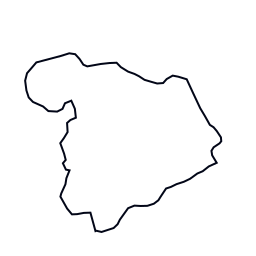 the district of Hwacheon-gun, Gangwon, South Korea, rotated 72°
{"feature_id": "91817680B86395324328742", "entity_name": "Hwacheon-gun", "entity_type": "district", "adm_level": 2, "iso_a3": "KOR", "parent_name": "South Korea", "parent_adm1": "Gangwon", "projection": "natural_earth1", "projection_center": [127.693, 38.168], "detail": "fine", "context": "isolated", "style": "outline", "palette": "ink", "viewbox_px": 256, "rotation_deg": 72, "n_neighbors": 0, "source": "geoboundaries", "source_scale": "gbopen_adm2", "svg_char_len": 1227}
<svg xmlns="http://www.w3.org/2000/svg" viewBox="0 0 256 256"><g transform="rotate(72 128 128)"><path d="M188.5,54.4L180.0,56.4L175.5,55.7L172.8,52.5L170.9,45.7L169.4,43.4L165.6,42.5L158.4,44.5L153.7,46.4L150.3,49.2L145.7,50.1L140.3,51.2L131.5,53.2L114.9,55.3L99.8,57.1L94.7,64.4L92.0,69.3L93.4,76.1L96.1,80.7L94.7,86.5L91.0,92.0L87.3,97.4L82.2,101.5L78.6,105.1L74.4,110.5L67.9,116.0L62.4,118.7L60.5,125.5L58.7,134.1L56.8,147.7L54.0,150.9L47.5,152.7L41.5,155.4L38.8,160.8L38.8,162.6L38.7,169.9L37.3,194.9L42.0,202.6L44.7,207.1L51.2,211.2L60.9,213.0L68.3,213.0L73.3,210.6L73.9,210.3L81.3,202.1L87.3,198.5L90.5,190.3L89.6,184.4L85.0,180.3L84.5,173.5L93.3,172.6L102.1,174.4L102.6,180.3L104.4,184.4L113.2,186.7L117.8,192.1L121.5,197.1L132.6,196.7L139.1,197.1L141.4,200.8L148.4,199.9L150.2,196.7L156.7,202.1L162.2,204.9L169.6,211.7L172.4,213.5L185.8,210.8L192.8,208.0L194.2,203.0L195.1,196.2L196.9,189.9L216.0,190.8L215.9,189.9L218.7,185.3L218.7,178.5L218.7,172.6L216.3,167.6L212.6,164.0L204.3,152.7L203.8,145.9L206.1,140.0L208.0,133.6L208.0,126.8L206.1,121.4L203.4,118.2L197.3,110.5L197.3,105.5L196.4,99.2L196.4,91.5L195.5,84.7L192.7,76.1L192.2,70.3L189.5,63.0L188.5,54.4Z" fill="none" stroke="#020617" stroke-width="2"/></g></svg>